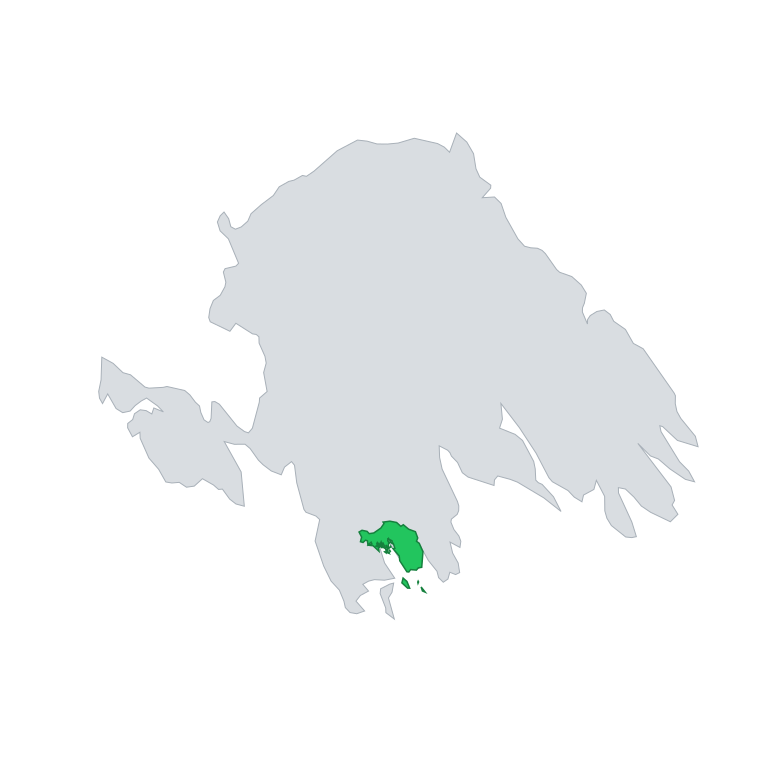 Westport Lea-4, Mayo, Ireland (highlighted), rotated 248°
{"feature_id": "5873133B76630404476162", "entity_name": "Westport Lea-4", "entity_type": "district", "adm_level": 2, "iso_a3": "IRL", "parent_name": "Ireland", "parent_adm1": "Mayo", "projection": "natural_earth1", "projection_center": [-9.682, 53.797], "detail": "medium", "context": "in_parent", "style": "filled", "palette": "green", "viewbox_px": 768, "rotation_deg": 248, "n_neighbors": 0, "source": "geoboundaries", "source_scale": "gbopen_adm2", "svg_char_len": 5651}
<svg xmlns="http://www.w3.org/2000/svg" viewBox="0 0 768 768"><g transform="rotate(248 384 384)"><path d="M487.5,152.4L470.7,161.2L468.2,164.5L463.6,178.0L463.0,181.8L452.6,196.8L446.7,199.9L437.8,202.3L432.7,204.7L426.3,203.5L418.2,203.7L414.2,206.4L414.4,208.4L416.9,210.8L431.9,217.7L431.1,220.6L426.9,223.8L400.1,231.9L392.2,236.8L389.5,240.0L392.3,245.4L413.9,261.6L417.6,263.4L420.8,272.8L439.7,276.7L447.5,282.6L454.2,284.0L468.7,283.5L474.6,285.7L477.8,284.1L479.7,280.9L495.8,269.4L490.6,260.9L506.8,246.2L511.3,246.4L519.0,250.9L525.4,257.1L527.6,265.4L533.7,272.9L537.6,275.5L548.0,277.0L550.5,279.9L548.8,290.8L550.4,294.4L576.9,294.1L587.4,289.4L596.6,290.2L601.3,295.1L603.4,300.1L595.5,301.9L587.2,300.9L583.2,304.2L583.1,310.5L586.0,318.7L591.7,324.5L596.3,337.5L600.2,352.0L606.1,360.7L607.5,371.6L606.7,376.9L607.9,386.5L605.6,389.9L607.6,398.9L617.8,428.0L620.1,450.8L615.5,459.3L609.2,467.4L605.2,477.0L602.1,487.4L600.5,504.1L586.9,523.7L581.1,528.6L574.3,531.6L589.5,545.3L577.3,551.4L564.0,553.3L549.1,549.9L539.9,550.3L528.3,557.5L525.6,556.2L519.9,544.9L516.0,556.5L507.5,560.2L492.9,559.4L468.5,562.5L459.1,565.9L455.3,571.1L452.4,577.1L448.7,580.6L444.4,582.5L425.5,586.9L421.8,588.7L413.2,598.4L401.8,604.0L392.3,605.6L383.8,600.0L380.3,596.6L376.4,594.9L363.4,595.1L367.5,596.9L370.2,600.9L371.5,608.5L370.1,616.0L363.7,619.8L356.1,620.5L344.1,628.3L328.2,630.4L319.6,637.5L267.0,649.6L264.0,649.8L256.7,646.7L248.8,645.3L240.9,646.3L218.9,653.1L208.2,651.7L221.8,634.9L240.1,626.4L242.0,624.1L236.0,623.0L201.2,628.9L189.1,633.9L177.0,635.3L182.7,627.7L198.3,617.2L211.7,610.3L217.5,604.1L233.9,597.1L181.1,611.6L167.2,609.8L163.9,605.8L153.1,607.7L149.0,597.9L165.1,583.2L174.4,576.9L185.5,573.4L196.2,568.5L200.1,562.5L195.1,560.6L163.2,562.1L147.9,560.8L148.8,556.1L151.6,550.8L167.5,541.8L176.0,540.4L183.6,541.2L197.2,546.5L215.1,544.8L207.6,539.1L206.3,527.4L200.6,523.4L207.9,518.0L216.3,514.7L230.3,503.5L235.3,501.8L262.9,499.1L292.7,493.2L322.2,485.1L307.0,480.6L299.8,474.6L288.2,486.7L279.8,491.3L256.1,493.8L248.6,492.4L238.0,488.7L234.7,490.1L231.7,493.0L216.0,498.9L199.5,500.4L218.6,489.5L243.0,471.0L248.4,465.2L256.1,455.0L253.7,450.5L248.7,448.0L266.2,427.1L272.4,423.4L283.7,422.8L291.9,419.5L295.6,419.4L298.8,418.2L306.0,412.0L294.9,408.0L283.3,406.0L247.7,408.1L243.0,407.7L238.6,405.8L235.7,403.0L233.5,395.9L230.9,394.3L222.9,394.3L215.0,396.5L209.4,396.3L204.0,393.2L212.7,386.0L201.5,384.3L190.2,385.7L180.8,383.5L180.5,379.0L184.8,374.5L179.2,370.2L178.0,364.7L184.0,362.1L190.5,363.0L203.8,359.0L220.7,357.0L206.2,353.1L200.4,349.7L200.1,344.5L201.3,340.1L218.1,332.6L236.0,329.3L234.7,324.3L236.0,319.0L217.8,317.5L199.9,321.2L201.9,311.0L206.2,301.8L207.0,295.8L206.2,289.3L197.8,292.1L196.8,282.9L193.2,276.7L180.8,281.0L181.2,272.7L184.8,266.9L191.2,264.4L197.7,265.5L209.6,265.4L221.1,261.1L237.7,259.9L264.2,261.3L282.4,273.6L287.1,271.4L294.3,263.6L297.7,262.8L325.1,266.1L342.2,270.6L346.7,269.2L344.2,260.6L338.3,254.7L345.6,246.9L354.5,241.6L360.5,239.0L374.3,235.7L380.2,232.6L384.2,222.6L390.5,214.3L356.0,218.6L323.0,208.7L328.2,201.8L335.1,197.8L347.1,194.8L348.2,191.1L354.2,188.1L364.2,180.2L360.4,169.8L362.3,162.2L369.5,157.3L371.7,150.2L374.9,145.0L389.4,143.1L403.4,138.3L425.0,137.6L430.7,139.6L429.3,131.0L439.4,129.9L443.4,131.6L445.2,137.7L449.9,141.5L451.4,148.3L448.4,153.5L443.2,157.5L448.0,161.6L440.8,169.0L448.6,165.8L459.9,158.6L459.2,152.6L457.2,145.2L454.0,138.5L455.3,131.0L461.6,126.4L478.3,124.1L471.3,115.7L477.4,114.9L484.0,116.7L493.8,123.2L514.6,132.4L504.6,140.6L492.3,146.2L487.5,152.4ZM196.3,314.4L195.8,318.4L187.9,313.4L184.0,308.0L162.2,305.5L171.3,300.1L175.7,301.7L191.1,301.9L195.4,304.2L196.3,314.4Z" fill="#d9dde1" stroke="#a8b0b8" stroke-width="1"/><path d="M230.8,316.7L235.1,317.8L236.7,315.9L237.4,317.8L236.8,317.6L233.6,318.5L237.8,318.0L237.4,317.8L238.6,317.4L239.5,318.4L234.3,319.3L238.9,319.4L233.5,320.9L237.8,320.8L236.2,321.5L238.0,321.5L238.7,322.2L234.2,322.0L237.6,323.5L231.8,323.8L231.5,325.5L234.1,325.4L230.8,326.8L235.1,328.8L234.0,329.6L237.2,328.7L239.7,329.9L237.9,329.6L238.9,330.4L235.9,331.0L236.9,331.6L235.6,332.7L232.7,332.1L234.2,332.1L234.8,330.8L232.7,331.9L232.6,332.1L233.0,332.7L232.7,332.9L227.5,332.5L227.9,330.7L218.9,333.7L214.2,332.4L201.3,334.9L200.4,336.6L202.0,339.2L199.3,344.3L200.7,347.0L199.9,350.3L213.9,357.3L223.1,357.0L226.0,355.2L228.6,357.6L235.3,357.8L240.1,352.5L246.3,349.2L245.7,346.3L250.9,343.8L254.6,338.1L256.3,331.4L254.6,331.7L251.6,327.1L249.7,318.7L250.8,314.2L253.7,313.1L256.6,308.8L256.1,305.4L250.4,305.9L246.6,303.1L244.9,305.2L246.1,308.3L244.9,309.9L240.8,308.8L242.2,312.8L240.2,312.9L240.0,309.8L238.1,313.3L230.8,316.7ZM192.9,326.1L185.9,329.4L185.1,331.3L192.3,331.3L196.9,329.0L192.9,326.1ZM175.6,344.2L181.9,342.4L177.7,342.1L175.6,344.2ZM230.2,326.3L229.8,324.8L228.1,325.2L230.2,326.3ZM228.1,323.8L226.1,324.1L225.1,325.2L227.2,324.7L228.1,323.8ZM186.5,340.9L187.5,341.9L188.4,341.8L187.7,341.1L186.5,340.9ZM230.3,323.7L228.8,324.2L230.8,323.9L230.3,323.7ZM231.0,323.0L231.9,323.3L233.2,323.0L231.0,323.0ZM233.0,322.0L232.0,322.4L233.1,322.4L233.0,322.0ZM234.9,319.7L234.0,320.2L235.1,320.3L234.9,319.7ZM226.3,322.6L226.8,323.6L227.1,323.4L226.3,322.6ZM227.6,327.1L228.0,326.4L227.5,327.1L227.6,327.1ZM234.5,321.7L233.7,321.4L232.7,321.5L234.5,321.7ZM230.6,327.5L230.9,327.1L230.2,327.3L230.6,327.5ZM228.2,322.2L228.2,321.7L227.4,322.2L228.2,322.2ZM230.5,328.3L229.6,328.1L231.0,328.7L230.5,328.3ZM226.1,326.4L226.2,326.1L225.8,325.8L226.1,326.4ZM230.3,329.1L230.2,329.5L230.8,329.4L230.3,329.1Z" fill="#22c55e" stroke="#15803d" stroke-width="1.5"/></g></svg>